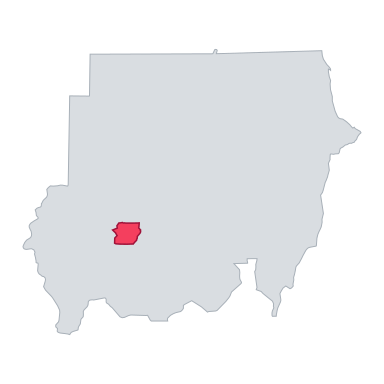 Um Kadadah, North Darfur, Sudan (highlighted)
{"feature_id": "16777658B38169285241768", "entity_name": "Um Kadadah", "entity_type": "district", "adm_level": 2, "iso_a3": "SDN", "parent_name": "Sudan", "parent_adm1": "North Darfur", "projection": "orthographic", "projection_center": [27.208, 13.486], "detail": "fine", "context": "in_parent", "style": "filled", "palette": "rose", "viewbox_px": 384, "rotation_deg": 0, "n_neighbors": 0, "source": "geoboundaries", "source_scale": "gbopen_adm2", "svg_char_len": 4768}
<svg xmlns="http://www.w3.org/2000/svg" viewBox="0 0 384 384"><path d="M276.3,316.2L272.4,316.3L272.0,315.4L272.0,312.9L272.4,310.9L273.8,307.9L273.4,306.2L273.6,303.8L272.5,301.2L263.1,293.6L261.2,291.5L256.2,289.7L257.0,287.5L254.7,271.6L255.7,269.7L255.9,266.9L255.8,264.5L256.9,260.4L257.0,258.6L247.2,258.7L247.1,260.5L247.6,262.5L247.6,263.2L233.9,263.6L239.5,269.7L239.8,272.5L239.6,275.9L239.7,278.1L240.0,279.5L241.5,282.3L241.4,282.8L241.1,283.5L231.5,292.0L230.0,295.9L228.7,297.9L225.9,301.4L217.1,310.4L215.7,311.0L208.9,311.5L208.2,311.7L207.7,312.1L207.4,312.0L201.5,306.9L191.7,300.7L185.2,304.1L183.4,305.3L183.4,308.3L182.5,309.8L180.7,311.5L176.0,312.6L173.5,313.6L170.5,315.3L167.6,318.2L167.4,319.6L167.7,321.0L151.2,321.0L150.1,319.9L147.6,315.3L146.0,315.5L130.9,315.0L128.7,315.5L124.4,317.4L122.2,317.7L120.0,316.8L112.1,307.6L110.4,306.4L108.6,304.2L106.9,303.2L106.3,302.5L106.1,301.5L106.2,299.5L105.6,298.2L104.4,297.9L93.7,300.0L92.2,299.8L90.0,300.1L89.2,300.5L88.3,301.7L88.1,304.3L87.8,305.5L87.0,306.9L84.0,310.0L83.3,311.4L83.4,314.8L83.2,316.6L82.7,317.4L81.4,318.7L80.9,319.5L80.3,323.9L78.7,326.5L78.3,327.5L78.1,329.4L77.9,330.0L73.0,331.5L71.2,332.4L70.1,333.9L69.8,334.6L67.8,334.0L65.1,333.6L60.1,333.0L58.1,332.3L57.2,331.2L57.5,328.6L57.0,328.0L56.2,327.5L55.7,326.3L55.8,324.9L58.5,321.9L59.0,320.2L59.8,312.4L59.6,310.1L57.6,305.7L52.8,298.1L51.7,296.6L45.7,290.3L45.1,289.4L43.6,286.7L45.3,281.0L45.5,279.4L45.1,277.8L43.6,276.5L42.2,276.3L40.5,274.8L39.3,274.1L38.3,272.7L37.6,270.8L38.2,264.0L37.9,263.1L36.4,262.8L36.0,262.3L36.1,261.1L35.4,257.2L34.5,254.0L35.0,252.2L33.8,249.8L31.4,248.7L26.6,249.4L25.1,249.2L24.1,248.8L23.4,247.9L23.0,246.8L23.4,245.3L24.8,242.4L26.6,240.1L30.0,238.0L31.0,236.9L31.5,235.6L31.6,234.2L31.4,232.6L31.1,231.2L30.1,229.3L29.2,227.1L29.2,225.7L29.7,224.6L30.6,223.3L34.1,220.9L37.6,218.9L38.2,218.2L38.0,217.3L36.4,215.6L36.0,212.3L35.2,209.9L37.0,208.2L38.3,207.6L40.3,207.1L41.1,206.4L41.4,205.0L41.4,203.7L42.1,202.7L43.1,200.6L43.9,199.7L46.6,197.2L47.3,195.6L47.5,194.1L46.8,189.4L48.4,187.5L50.4,185.9L53.2,186.1L57.5,185.8L60.5,185.1L62.6,185.2L67.4,186.1L67.9,185.8L68.2,184.5L69.7,95.9L89.2,96.1L89.5,95.9L90.1,54.2L211.9,53.8L212.9,53.7L214.7,49.7L215.5,49.4L216.7,49.6L217.2,50.5L216.3,53.7L321.8,50.7L322.3,55.5L323.4,59.2L326.8,64.5L329.5,67.4L330.5,68.9L330.6,69.7L330.6,70.4L329.7,69.6L328.4,69.1L328.4,71.7L329.3,76.9L330.6,80.5L330.1,83.9L330.5,89.7L332.3,96.5L332.3,100.9L335.1,111.1L337.6,116.7L338.8,118.0L340.2,118.7L342.8,119.1L346.7,121.9L349.9,124.8L351.1,126.3L352.6,128.0L353.6,127.7L354.2,127.2L355.2,128.6L360.2,131.4L361.0,132.8L359.3,134.3L357.5,136.8L356.7,139.1L356.2,139.8L354.7,141.3L354.5,142.0L353.8,142.4L353.1,142.5L351.5,143.3L350.0,143.2L348.6,143.6L348.0,144.2L346.9,144.7L345.3,145.0L342.9,147.0L340.8,148.1L340.1,148.8L339.2,152.7L338.4,153.7L335.2,153.9L333.6,154.3L331.5,154.0L330.4,154.1L330.2,154.9L330.0,158.2L330.1,159.5L328.4,163.3L329.3,170.2L327.8,175.5L327.6,176.7L326.0,180.8L325.2,182.4L323.2,190.2L322.4,192.6L320.6,195.1L323.4,213.5L322.0,219.2L322.1,222.3L321.2,226.9L320.3,229.0L319.0,231.6L317.8,234.5L316.9,238.3L316.4,245.4L316.1,246.1L310.3,247.2L308.5,247.7L307.3,248.6L305.8,250.4L303.0,255.5L301.5,258.6L299.2,262.9L296.4,266.0L295.8,267.4L295.4,270.1L294.5,274.4L293.6,277.4L293.8,279.9L293.0,284.1L293.2,286.1L292.2,287.3L290.9,288.4L290.0,288.7L285.8,286.0L283.0,288.1L281.3,290.9L279.9,293.6L280.8,299.4L280.8,300.7L280.4,302.1L277.8,307.9L277.1,310.6L276.3,315.1L276.3,316.2Z" fill="#d9dde1" stroke="#a8b0b8" stroke-width="1"/><path d="M132.4,223.1L130.4,223.1L128.6,223.1L125.8,223.1L125.2,223.0L124.5,222.9L123.8,223.0L123.2,223.0L122.5,222.5L122.2,222.5L121.8,222.6L120.8,222.8L120.0,222.9L118.8,223.0L118.7,223.2L116.9,225.8L117.3,228.1L112.6,230.0L114.2,231.6L115.6,232.9L115.9,233.6L117.1,235.6L114.8,238.0L114.7,239.6L114.6,243.2L115.2,243.5L115.8,243.8L116.8,243.9L119.9,244.1L127.1,244.2L129.3,244.1L133.2,244.0L133.2,243.9L133.3,243.8L133.9,243.2L134.0,243.1L134.3,242.7L135.0,241.9L135.3,241.6L136.1,240.8L136.4,240.4L136.6,240.2L136.7,239.9L136.6,239.4L136.6,239.2L136.8,238.9L137.0,238.8L137.1,238.6L137.2,238.3L137.2,237.9L137.3,237.1L137.3,236.7L137.3,236.4L137.4,236.2L137.6,236.1L137.9,235.7L138.4,235.1L138.6,234.9L139.4,234.0L139.7,233.5L140.0,233.2L140.2,232.9L140.4,232.5L140.5,232.1L140.6,231.7L140.6,231.4L140.6,231.1L140.6,230.9L140.6,230.7L140.5,230.3L140.5,230.0L140.4,230.0L140.4,229.9L140.2,229.9L140.2,229.7L139.9,229.4L139.6,228.8L139.4,228.6L138.7,228.0L138.7,227.9L138.9,226.8L138.9,226.6L138.9,226.4L139.0,226.3L139.0,225.4L139.1,225.0L139.1,224.8L139.2,223.5L139.2,223.3L139.2,222.9L138.0,223.0L132.5,223.1L132.4,223.1Z" fill="#f43f5e" stroke="#9f1239" stroke-width="1.5"/></svg>